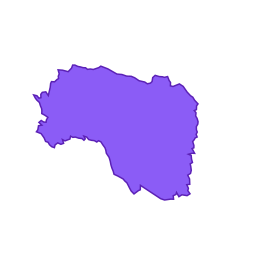 Coqueiros do Sul, Rio Grande do Sul, Brazil, rotated 316°
{"feature_id": "56859067B99955051081577", "entity_name": "Coqueiros do Sul", "entity_type": "district", "adm_level": 2, "iso_a3": "BRA", "parent_name": "Brazil", "parent_adm1": "Rio Grande do Sul", "projection": "equal_earth", "projection_center": [-52.771, -28.135], "detail": "fine", "context": "isolated", "style": "filled", "palette": "violet", "viewbox_px": 256, "rotation_deg": 316, "n_neighbors": 0, "source": "geoboundaries", "source_scale": "gbopen_adm2", "svg_char_len": 2131}
<svg xmlns="http://www.w3.org/2000/svg" viewBox="0 0 256 256"><g transform="rotate(316 128 128)"><path d="M86.5,179.6L92.1,180.3L93.9,181.0L97.1,177.9L102.4,201.6L104.3,205.2L109.4,208.9L111.3,210.9L113.5,208.1L116.3,209.1L118.1,208.1L116.9,212.8L120.4,213.5L123.5,217.7L126.9,218.4L127.5,214.6L129.6,213.3L130.9,209.6L133.3,211.4L136.9,207.4L138.2,203.4L141.4,204.1L144.1,202.4L146.5,199.2L147.8,197.0L150.4,197.6L152.1,194.5L154.4,191.6L153.3,188.9L156.5,190.6L158.3,192.5L159.8,187.3L161.6,188.0L163.3,186.3L165.1,182.7L167.6,182.4L169.4,181.8L171.5,182.5L172.6,179.9L175.0,179.0L175.9,176.9L178.1,174.5L180.9,173.7L182.8,172.1L184.4,169.0L185.0,166.4L187.5,164.3L187.8,161.5L190.0,162.3L192.7,159.7L195.1,159.3L195.2,154.3L196.0,150.9L195.4,148.1L195.5,143.1L196.6,136.4L195.6,132.0L189.2,129.4L187.8,127.1L190.2,124.8L190.6,122.4L192.2,118.5L189.4,116.9L188.3,115.0L186.2,112.7L184.1,109.0L180.8,108.9L177.6,111.3L175.3,111.3L172.6,109.6L172.0,106.6L168.8,101.7L167.7,96.5L166.2,93.0L163.1,89.8L160.8,85.3L157.5,81.5L154.6,71.5L151.4,64.6L149.0,64.3L143.7,61.8L141.8,59.3L139.6,57.7L139.3,55.2L137.6,53.4L136.2,51.0L134.7,48.9L133.5,45.8L131.9,44.3L129.0,45.7L124.1,45.9L121.1,41.0L118.1,37.6L116.1,41.3L113.8,42.3L112.4,44.2L110.6,43.8L107.3,43.8L105.2,41.5L103.3,42.2L100.3,44.7L93.2,49.3L94.0,44.9L91.1,42.8L88.7,43.2L86.4,45.7L84.7,44.7L84.9,41.5L83.1,38.7L82.1,42.1L81.8,44.6L82.0,48.1L80.3,51.5L79.4,53.9L78.0,55.8L76.0,57.7L77.0,60.8L77.8,64.7L74.9,65.5L73.1,66.9L71.5,65.2L70.8,62.3L67.8,62.1L68.0,66.1L65.2,64.2L62.0,66.6L59.5,67.1L61.6,71.7L60.8,76.8L59.4,80.4L60.6,82.8L59.9,85.5L60.1,88.4L61.4,91.0L63.8,89.5L67.1,89.9L68.4,93.1L71.0,94.3L72.8,90.8L73.7,93.5L76.1,94.5L78.5,95.6L81.0,94.0L81.8,96.4L83.8,97.9L85.5,101.1L87.6,103.7L87.8,106.2L89.7,106.1L90.6,103.2L92.0,105.9L91.7,109.0L93.1,111.4L95.0,113.7L95.8,116.4L98.0,116.7L98.9,119.2L98.2,122.6L97.7,126.2L96.7,128.4L94.9,131.1L94.0,136.0L92.2,139.5L90.1,142.7L88.7,145.4L87.3,148.9L85.8,151.6L87.3,155.4L88.2,158.3L89.1,161.3L88.9,163.8L89.1,166.7L88.4,169.1L87.4,172.3L86.5,175.5L86.5,179.6Z" fill="#8b5cf6" stroke="#5b21b6" stroke-width="1.5"/></g></svg>